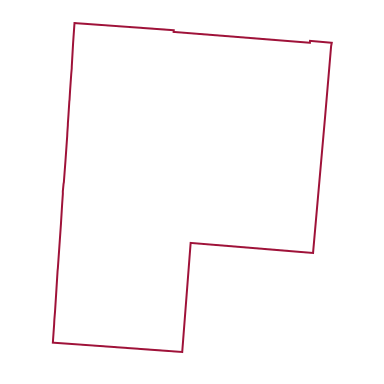 Lincoln, Nevada, United States of America, rotated 184°
{"feature_id": "52423323B70783042425825", "entity_name": "Lincoln", "entity_type": "district", "adm_level": 2, "iso_a3": "USA", "parent_name": "United States of America", "parent_adm1": "Nevada", "projection": "orthographic", "projection_center": [-114.284, 37.76], "detail": "fine", "context": "isolated", "style": "outline", "palette": "rose", "viewbox_px": 384, "rotation_deg": 184, "n_neighbors": 0, "source": "geoboundaries", "source_scale": "gbopen_adm2", "svg_char_len": 799}
<svg xmlns="http://www.w3.org/2000/svg" viewBox="0 0 384 384"><g transform="rotate(184 192 192)"><path d="M320.9,324.9L320.7,309.5L320.7,309.1L320.6,306.8L320.7,301.5L320.7,299.3L320.7,294.8L320.7,284.1L320.6,275.4L320.7,273.8L320.7,273.7L320.6,260.2L320.6,251.9L320.5,249.6L320.5,242.5L320.4,239.0L320.4,237.2L320.4,234.6L320.4,221.4L320.4,219.3L320.4,213.8L320.5,194.7L320.5,192.9L320.7,191.2L320.9,183.5L320.7,181.1L320.7,176.0L320.7,171.0L320.5,150.3L320.5,124.3L320.5,106.6L320.6,104.1L320.4,79.6L320.3,63.0L320.4,55.3L320.4,54.6L320.3,50.2L320.3,32.0L305.5,32.0L304.6,32.0L190.6,31.7L189.8,141.1L67.0,139.6L64.5,275.0L63.4,347.2L63.0,350.6L84.8,351.0L84.8,349.1L221.5,350.4L221.5,352.1L305.0,352.3L321.0,352.3L321.0,332.3L320.9,324.9Z" fill="none" stroke="#9f1239" stroke-width="2"/></g></svg>